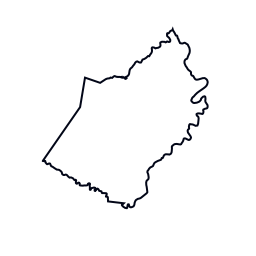 outline of Allende, Nuevo León, Mexico, rotated 338°
{"feature_id": "50627088B85815179056295", "entity_name": "Allende", "entity_type": "district", "adm_level": 2, "iso_a3": "MEX", "parent_name": "Mexico", "parent_adm1": "Nuevo León", "projection": "robinson", "projection_center": [-100.014, 25.299], "detail": "fine", "context": "isolated", "style": "outline", "palette": "ink", "viewbox_px": 256, "rotation_deg": 338, "n_neighbors": 0, "source": "geoboundaries", "source_scale": "gbopen_adm2", "svg_char_len": 5784}
<svg xmlns="http://www.w3.org/2000/svg" viewBox="0 0 256 256"><g transform="rotate(338 128 128)"><path d="M82.0,188.6L95.9,196.2L94.2,196.9L93.7,196.8L93.5,197.0L93.5,197.6L93.7,198.2L93.9,198.5L94.2,199.4L94.9,200.2L95.2,200.8L96.3,201.6L96.9,201.9L97.3,201.7L98.2,200.3L98.9,199.2L99.2,198.9L99.5,198.8L99.8,198.9L100.1,199.1L100.1,199.5L99.9,201.1L100.0,201.6L100.3,202.1L100.9,202.6L101.3,202.7L102.3,202.8L103.8,202.7L104.9,201.8L105.3,201.3L105.8,200.4L106.3,199.6L107.0,198.9L107.8,198.1L108.7,197.7L110.6,197.4L111.7,197.6L113.2,197.7L114.1,197.5L120.8,195.5L121.8,194.9L122.1,194.1L123.3,189.5L123.6,187.7L124.4,185.4L125.3,184.1L126.2,183.6L127.6,183.1L128.2,182.4L128.7,181.4L129.4,178.4L129.4,176.2L130.0,175.2L130.8,174.8L132.4,173.6L134.0,172.9L135.8,172.8L136.9,172.6L137.5,172.1L138.1,171.4L139.3,170.4L140.5,170.0L143.3,169.7L146.6,169.8L147.3,169.3L147.9,168.6L148.2,168.5L148.9,168.8L149.3,168.6L150.0,167.9L150.9,167.0L151.4,166.7L152.0,166.5L153.2,166.5L155.4,167.5L156.3,168.1L157.2,168.1L158.1,167.9L158.5,167.6L159.2,167.0L159.9,165.8L161.1,163.4L161.4,162.5L161.5,162.0L162.1,161.3L164.5,160.5L165.5,160.5L167.2,161.0L168.5,161.8L169.3,162.3L170.4,162.9L171.2,162.9L172.0,162.2L172.9,161.7L174.4,160.5L175.5,159.0L176.2,158.7L177.0,159.0L177.7,159.6L179.2,161.3L179.9,161.9L180.7,162.0L181.7,161.6L182.5,160.9L182.9,160.3L182.9,159.0L181.9,154.7L182.2,153.0L183.0,152.0L184.1,151.7L184.6,151.2L184.8,150.1L185.1,149.3L186.1,147.9L186.8,147.6L187.3,147.8L187.4,148.0L188.7,148.6L189.7,149.3L191.5,151.3L193.3,151.7L194.6,150.3L196.3,147.1L197.0,145.8L197.3,144.6L197.3,143.8L196.6,142.5L196.5,141.4L196.9,140.7L197.7,140.6L198.5,140.7L199.4,141.1L201.1,142.1L202.1,142.8L202.9,142.7L203.6,142.0L204.2,140.8L204.3,140.2L204.3,139.7L204.8,139.1L206.6,139.0L208.3,139.3L209.0,139.1L209.5,138.6L209.9,137.9L210.3,136.6L209.9,134.5L209.8,134.0L209.6,132.7L209.8,132.0L210.1,131.1L210.7,130.2L211.1,128.9L211.3,127.9L210.9,127.3L210.4,127.2L209.3,127.1L207.3,127.9L206.7,128.3L206.4,128.8L206.0,129.3L204.8,129.9L204.1,130.2L203.2,130.3L201.4,130.3L198.9,129.7L198.2,129.3L197.7,128.7L197.4,128.1L197.1,127.3L196.9,126.5L197.1,125.9L198.9,124.1L200.0,123.6L200.6,123.5L201.4,123.1L202.7,122.4L203.9,121.9L205.4,121.3L207.7,120.7L213.0,119.5L215.1,118.9L216.6,118.2L217.8,117.2L218.4,116.4L219.0,115.5L219.2,114.8L219.3,113.4L219.1,112.5L218.4,111.2L218.0,110.7L217.7,110.4L216.0,109.8L211.6,109.4L210.2,109.1L209.3,108.7L208.7,108.0L208.4,107.3L208.0,104.4L207.8,104.0L207.1,103.5L206.8,103.0L206.6,102.3L206.7,101.3L207.2,100.2L207.3,99.7L207.1,99.0L205.9,97.0L205.5,96.0L205.1,93.4L204.8,92.5L204.7,91.6L204.7,90.9L204.7,89.7L204.7,88.9L205.3,87.5L205.7,86.9L206.3,86.4L206.9,86.0L207.5,85.9L208.7,85.9L209.1,85.6L210.5,84.0L213.2,81.4L213.9,80.2L214.4,79.1L214.8,77.3L214.9,76.4L214.7,74.4L214.7,73.8L214.6,73.0L212.9,70.6L212.6,70.3L212.1,70.1L210.4,70.1L209.8,69.9L208.6,69.2L208.1,68.8L207.9,65.7L208.1,64.7L207.8,63.9L207.8,63.2L208.1,61.2L208.0,60.7L207.8,60.5L207.1,60.2L207.0,59.7L206.8,56.9L206.5,55.4L206.3,54.3L206.4,53.2L206.1,53.5L205.3,54.0L205.0,54.0L204.1,53.9L203.5,54.0L201.8,55.1L201.1,55.4L200.9,55.4L200.3,54.9L200.0,54.9L199.7,55.0L199.4,55.5L199.0,56.5L198.8,57.2L198.8,57.6L199.0,58.0L199.9,59.8L200.2,62.0L199.8,63.1L199.4,63.5L199.1,63.7L198.6,63.7L198.0,63.5L197.0,62.6L196.5,62.4L195.7,62.7L195.0,62.7L194.8,62.6L194.4,62.0L193.8,61.6L191.9,60.8L191.4,60.7L190.4,60.8L190.0,60.9L189.7,61.3L189.1,63.5L188.6,64.2L188.3,64.5L187.0,64.8L186.0,64.9L183.9,64.4L183.4,64.5L183.2,64.4L182.6,63.5L182.2,63.1L181.0,62.4L180.5,62.4L180.1,62.7L179.9,62.9L179.3,65.1L178.8,66.1L178.5,66.5L177.4,67.5L176.1,68.2L174.6,69.4L173.6,68.8L170.9,69.8L168.9,70.1L167.1,70.0L164.7,72.1L163.7,71.9L162.8,71.2L162.1,70.3L161.5,69.7L160.6,69.6L160.0,69.8L159.2,70.1L157.6,71.4L156.2,72.1L154.5,73.2L152.4,73.9L152.1,74.2L151.3,74.9L150.9,75.5L149.8,77.3L149.3,78.2L148.7,78.8L148.0,79.3L147.3,79.6L146.2,79.9L145.1,79.9L145.3,81.1L144.9,81.1L144.5,81.3L144.3,81.6L144.0,81.5L143.8,81.2L144.0,80.8L142.7,79.1L142.1,79.5L141.7,79.2L141.4,79.1L140.7,78.6L140.6,78.3L140.8,78.1L140.0,77.9L138.8,77.2L137.8,77.0L136.9,76.3L136.4,76.2L135.5,75.2L134.9,74.8L133.9,74.9L132.1,75.6L130.7,74.7L129.6,75.0L127.3,74.4L125.6,74.4L119.1,75.7L107.0,65.2L91.4,90.7L36.8,126.5L36.7,126.7L36.9,126.9L38.4,127.2L38.8,127.5L38.9,128.0L38.6,128.6L38.6,129.1L39.2,130.9L39.4,131.2L40.0,131.4L41.5,131.3L42.1,131.6L42.4,131.9L42.4,133.1L42.5,134.5L42.6,134.8L43.4,135.5L45.1,138.1L46.4,139.9L47.0,140.2L47.6,140.5L48.4,141.0L48.8,141.6L49.4,142.5L49.8,143.5L50.0,144.2L49.9,145.0L49.8,145.7L49.8,146.3L50.2,146.9L50.6,147.4L51.0,147.6L51.5,147.8L52.6,147.8L53.0,148.0L53.4,148.3L53.7,148.7L54.5,150.9L55.2,152.1L56.4,152.4L56.8,152.6L57.3,153.1L58.3,154.3L58.5,155.3L58.7,155.9L59.1,156.3L59.5,156.4L60.0,156.4L60.2,156.7L60.3,156.9L60.2,157.4L59.5,158.3L59.3,158.9L59.1,159.6L59.3,160.1L59.7,160.5L60.3,160.4L61.2,160.1L61.9,160.2L62.3,160.6L62.4,161.6L61.9,162.4L61.9,163.1L62.6,163.6L64.6,164.6L65.8,164.8L67.1,165.4L68.4,165.8L69.0,165.8L69.5,165.4L69.9,164.8L70.6,164.6L71.2,164.7L71.5,164.9L71.8,165.3L71.8,165.6L71.7,165.9L71.0,166.8L70.8,167.3L70.4,168.8L69.6,170.7L69.6,171.0L69.8,171.2L70.3,171.2L71.1,170.4L71.5,170.2L72.0,170.1L72.6,170.2L73.3,170.4L73.9,170.4L74.7,170.8L75.1,171.2L75.1,171.9L74.8,172.5L73.9,172.8L73.7,173.2L73.6,173.6L73.8,174.0L74.0,174.1L74.5,173.7L75.0,173.7L75.7,173.2L76.6,172.7L77.0,172.8L77.2,173.0L77.5,173.5L77.7,174.1L77.7,174.6L77.8,175.3L77.8,175.5L79.4,176.6L79.6,176.8L79.5,178.4L79.7,178.7L80.5,179.0L82.5,179.9L83.4,180.4L83.6,180.9L83.6,181.2L83.4,181.5L82.6,182.4L82.0,183.1L81.9,183.3L82.0,183.5L82.3,183.6L82.6,183.7L83.1,183.9L83.2,184.1L83.3,184.3L83.3,184.9L82.0,188.6Z" fill="none" stroke="#020617" stroke-width="2"/></g></svg>